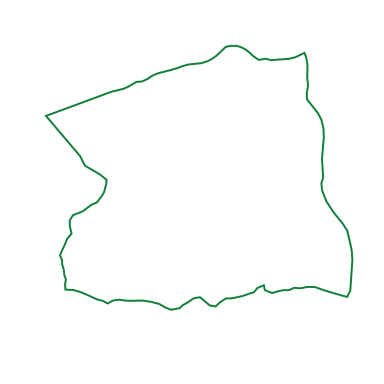 the district of Indiaporã, São Paulo, Brazil, rotated 78°
{"feature_id": "56859067B57389916946553", "entity_name": "Indiaporã", "entity_type": "district", "adm_level": 2, "iso_a3": "BRA", "parent_name": "Brazil", "parent_adm1": "São Paulo", "projection": "albers", "projection_center": [-50.258, -19.956], "detail": "fine", "context": "isolated", "style": "outline", "palette": "green", "viewbox_px": 384, "rotation_deg": 78, "n_neighbors": 0, "source": "geoboundaries", "source_scale": "gbopen_adm2", "svg_char_len": 1616}
<svg xmlns="http://www.w3.org/2000/svg" viewBox="0 0 384 384"><g transform="rotate(78 192 192)"><path d="M79.3,53.1L81.7,63.0L81.9,69.7L80.5,79.3L79.6,87.0L77.0,92.1L76.6,99.3L71.5,104.1L67.3,107.0L63.8,109.9L60.8,113.6L58.4,117.6L57.1,123.6L57.1,128.9L60.1,133.6L63.9,139.9L66.0,145.1L67.3,149.4L67.9,156.4L66.6,168.3L66.9,174.8L67.8,181.0L68.3,187.8L68.7,197.1L69.0,202.0L70.2,207.3L72.1,211.8L73.5,217.6L72.8,223.6L75.6,231.8L76.8,237.6L77.0,242.6L77.1,249.4L87.2,319.0L133.6,294.0L144.0,291.2L155.9,278.2L162.3,273.0L166.8,274.4L174.1,278.2L177.6,281.5L182.4,287.2L183.7,293.3L188.2,302.9L189.9,313.2L194.3,317.5L200.0,318.6L207.8,318.5L211.7,323.7L218.6,328.5L222.8,331.8L226.6,334.3L231.2,333.3L236.0,334.0L241.7,333.6L246.8,334.1L251.3,333.5L255.7,335.3L261.1,336.1L263.3,328.2L266.2,322.8L269.2,318.1L273.6,312.2L277.4,307.1L280.0,301.8L283.5,297.7L281.7,291.9L282.2,285.5L284.5,279.4L285.9,273.5L288.0,262.6L290.9,254.9L294.7,247.3L299.6,241.9L302.8,237.1L303.1,228.4L300.7,224.3L299.1,219.1L296.3,212.4L296.6,206.0L301.7,202.0L306.7,198.2L308.8,192.7L306.0,188.1L303.1,180.9L304.3,175.5L304.3,164.4L303.4,157.7L302.9,152.2L299.4,147.9L298.2,141.1L303.1,141.2L307.5,134.7L307.0,128.9L307.0,123.1L308.1,117.6L307.0,111.8L308.8,105.8L308.8,99.0L310.5,91.5L315.5,83.5L319.2,76.6L323.3,69.1L326.9,62.0L321.4,57.7L291.6,49.2L283.2,48.0L274.7,47.9L262.1,48.2L254.1,51.2L241.5,57.7L229.0,62.5L217.6,64.4L210.5,63.7L205.1,60.7L186.7,58.0L166.0,51.7L156.8,50.2L148.4,50.4L141.1,52.4L125.5,60.2L119.2,59.2L112.1,56.4L104.1,55.5L91.5,52.6L84.5,52.3L79.3,53.1Z" fill="none" stroke="#15803d" stroke-width="2"/></g></svg>